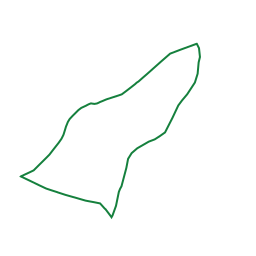 Al Lait, North Darfur, Sudan, rotated 133°
{"feature_id": "16777658B5363831702357", "entity_name": "Al Lait", "entity_type": "district", "adm_level": 2, "iso_a3": "SDN", "parent_name": "Sudan", "parent_adm1": "North Darfur", "projection": "mercator", "projection_center": [26.82, 11.965], "detail": "fine", "context": "isolated", "style": "outline", "palette": "green", "viewbox_px": 256, "rotation_deg": 133, "n_neighbors": 0, "source": "geoboundaries", "source_scale": "gbopen_adm2", "svg_char_len": 1536}
<svg xmlns="http://www.w3.org/2000/svg" viewBox="0 0 256 256"><g transform="rotate(133 128 128)"><path d="M145.3,175.9L148.7,176.5L156.8,176.8L161.1,176.8L161.7,176.7L164.6,176.1L167.4,175.0L169.3,174.3L171.7,173.1L174.8,171.6L176.9,170.6L178.2,170.2L181.3,169.3L186.3,168.6L190.0,168.3L195.8,167.8L201.0,167.3L204.9,167.4L214.8,167.8L223.3,168.1L227.2,169.6L236.3,173.3L236.5,173.3L233.1,162.5L230.2,153.1L229.7,151.6L228.5,147.8L228.1,146.6L227.8,145.9L225.6,141.1L223.6,136.9L223.1,135.8L223.1,135.7L219.6,128.2L215.7,120.6L215.3,119.9L214.9,119.1L210.1,109.6L208.6,107.2L205.4,102.2L202.2,97.0L202.3,95.8L202.3,95.6L202.8,90.3L202.8,89.5L202.7,89.1L202.8,88.7L202.9,88.1L203.5,84.6L204.3,80.1L204.4,79.6L204.5,79.2L203.7,79.4L202.7,79.6L193.1,83.7L181.0,91.1L177.9,92.3L175.1,93.0L158.3,102.0L150.5,106.9L143.9,108.2L136.5,107.4L123.8,103.5L118.1,100.7L112.2,99.2L106.0,97.9L90.3,102.4L77.2,106.6L70.9,107.3L63.0,107.7L49.1,110.1L40.8,114.1L31.8,121.1L27.0,123.8L21.2,130.5L19.5,135.1L19.7,135.3L35.5,143.3L44.9,147.9L57.4,149.2L67.1,150.1L75.7,150.9L81.2,151.5L86.4,152.0L86.7,152.0L88.6,152.5L89.1,152.6L89.6,152.6L90.3,152.7L90.9,152.7L91.5,152.8L97.8,153.8L102.6,154.6L107.6,155.5L110.8,157.2L115.1,159.6L121.0,162.9L122.0,163.4L122.4,163.6L125.8,165.1L128.1,166.2L129.0,166.5L131.0,167.3L131.3,167.5L132.0,168.0L133.4,169.1L134.1,170.2L134.3,170.4L135.0,171.5L135.3,171.9L136.3,172.4L136.5,172.5L137.6,173.0L139.3,173.6L139.6,173.7L140.0,173.8L145.2,175.9L145.3,175.9Z" fill="none" stroke="#15803d" stroke-width="2"/></g></svg>